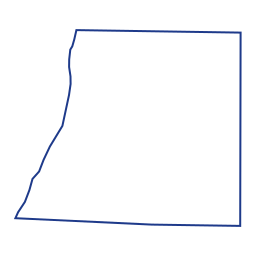 outline of Manistee, Michigan, United States of America
{"feature_id": "52423323B69825151981471", "entity_name": "Manistee", "entity_type": "district", "adm_level": 2, "iso_a3": "USA", "parent_name": "United States of America", "parent_adm1": "Michigan", "projection": "albers", "projection_center": [-86.216, 44.341], "detail": "fine", "context": "isolated", "style": "outline", "palette": "blue", "viewbox_px": 256, "rotation_deg": 0, "n_neighbors": 0, "source": "geoboundaries", "source_scale": "gbopen_adm2", "svg_char_len": 362}
<svg xmlns="http://www.w3.org/2000/svg" viewBox="0 0 256 256"><path d="M240.6,32.6L76.4,30.1L74.3,39.3L72.3,46.3L70.3,49.6L69.2,59.4L69.1,67.0L70.5,76.4L70.6,84.0L69.0,95.1L62.4,125.9L49.9,146.5L43.6,159.8L39.1,171.5L32.5,178.9L29.4,190.1L24.9,201.9L18.1,212.2L15.4,218.2L151.8,224.6L240.2,225.9L240.6,32.6Z" fill="none" stroke="#1e3a8a" stroke-width="2"/></svg>